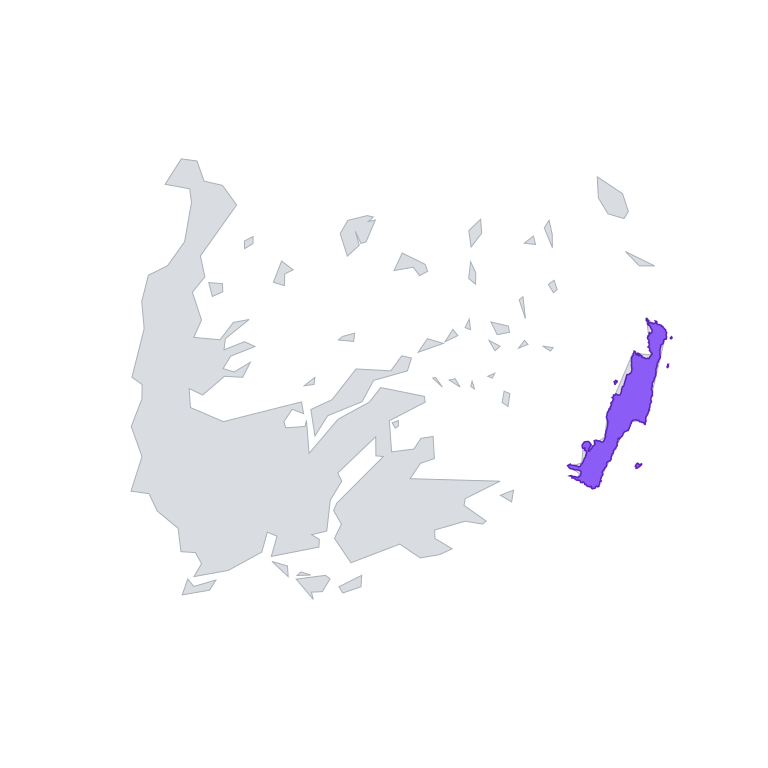 Kritis, Kriti, Greece shown in context, rotated 288°
{"feature_id": "26713481B79456911033966", "entity_name": "Kritis", "entity_type": "district", "adm_level": 2, "iso_a3": "GRC", "parent_name": "Greece", "parent_adm1": "Kriti", "projection": "orthographic", "projection_center": [24.889, 35.249], "detail": "fine", "context": "in_parent", "style": "filled", "palette": "violet", "viewbox_px": 768, "rotation_deg": 288, "n_neighbors": 0, "source": "geoboundaries", "source_scale": "gbopen_adm2", "svg_char_len": 9850}
<svg xmlns="http://www.w3.org/2000/svg" viewBox="0 0 768 768"><g transform="rotate(288 384 384)"><path d="M506.3,114.1L535.5,121.7L538.3,137.2L521.3,150.2L523.0,169.0L508.7,188.5L449.1,169.8L430.6,180.5L412.0,173.4L388.4,190.7L369.5,188.7L375.4,214.4L396.0,221.7L403.7,235.8L378.1,219.1L367.0,221.3L381.1,238.2L379.8,249.8L363.1,229.5L348.9,226.2L349.1,237.7L363.4,250.2L346.7,247.5L342.0,229.8L317.5,215.0L319.4,200.1L301.8,207.2L298.6,242.9L341.5,311.1L330.9,316.7L331.6,304.5L317.1,300.4L312.0,304.0L314.7,311.0L319.3,322.0L325.5,321.5L294.9,334.2L336.3,351.2L362.3,375.7L379.6,382.0L384.7,426.2L379.5,428.8L350.7,400.4L321.8,412.2L331.4,432.6L343.7,435.9L349.3,446.9L328.7,454.9L319.9,443.2L302.0,438.1L327.4,524.3L300.1,496.7L293.3,497.6L285.2,523.5L281.3,521.1L278.5,503.4L260.8,477.3L252.9,480.1L248.3,499.7L238.9,489.6L229.8,472.2L236.6,448.5L203.8,407.8L221.9,384.6L237.5,386.8L248.1,375.2L256.0,375.9L314.8,405.8L313.2,398.5L331.3,392.4L285.0,367.5L278.6,373.8L256.9,368.8L226.5,375.0L218.3,361.7L216.3,370.5L208.8,372.5L185.2,330.1L206.2,329.3L207.0,318.8L186.4,319.7L158.6,293.5L142.1,262.8L156.8,266.0L165.4,256.7L161.8,242.7L183.1,232.8L193.1,207.6L207.1,194.4L203.9,176.5L240.2,176.3L265.5,156.7L295.0,158.4L308.8,154.1L312.5,142.2L362.6,138.8L387.5,128.1L414.6,126.3L429.6,141.6L457.7,150.4L497.2,144.8L509.6,138.9L506.3,114.1ZM370.2,596.4L390.3,591.9L386.6,599.6L402.2,610.4L425.6,605.4L490.1,611.1L494.2,628.8L527.8,613.3L518.2,636.7L430.6,643.8L424.8,631.7L409.1,626.1L353.4,618.0L352.2,596.2L358.8,597.9L363.0,586.9L370.2,596.4ZM337.1,322.3L353.1,339.5L389.7,352.8L398.6,386.4L416.3,392.2L417.2,402.1L403.7,402.2L384.2,373.0L360.4,368.6L336.4,340.2L313.2,334.4L337.1,322.3ZM528.5,299.1L539.0,316.1L539.5,322.2L533.6,318.9L537.3,325.1L513.7,323.0L510.5,318.7L520.4,309.5L508.3,317.6L494.3,309.6L513.6,295.8L528.5,299.1ZM623.6,563.1L615.5,561.1L615.1,544.4L627.2,530.4L646.9,522.8L638.8,552.0L623.6,563.1ZM510.5,386.2L504.7,390.7L498.0,384.4L504.1,375.7L495.0,358.5L514.2,360.9L510.5,386.2ZM171.3,360.8L183.9,387.4L182.0,392.9L167.5,389.5L163.6,379.3L157.3,383.3L171.3,360.8ZM145.6,284.7L134.0,281.8L121.1,257.3L137.9,257.6L132.7,265.6L145.6,284.7ZM469.3,248.6L464.5,262.3L458.0,255.6L446.8,258.9L446.5,247.4L469.3,248.6ZM556.1,417.3L570.6,425.0L557.6,430.3L541.2,424.5L556.1,417.3ZM429.5,199.4L421.9,202.2L414.2,193.7L426.3,186.0L429.5,199.4ZM177.2,403.8L195.1,421.9L184.1,424.8L172.5,409.4L177.2,403.8ZM477.5,484.4L471.9,487.4L465.9,476.4L476.0,466.5L477.5,484.4ZM440.5,411.2L440.9,427.8L424.7,406.7L440.5,411.2ZM584.6,572.7L579.9,605.0L575.3,590.3L584.6,572.7ZM181.1,348.4L171.2,352.4L180.6,332.3L181.1,348.4ZM323.1,540.0L311.3,541.8L314.1,529.1L323.1,540.0ZM565.7,502.0L582.0,488.2L590.7,490.4L578.2,497.8L565.7,502.0ZM507.2,440.2L510.6,431.9L527.0,428.6L518.0,437.0L507.2,440.2ZM457.9,470.3L455.8,482.7L449.9,479.3L457.9,470.3ZM457.2,432.6L452.9,439.3L443.0,429.0L457.2,432.6ZM423.3,340.4L415.1,342.0L411.8,327.0L416.5,330.0L423.3,340.4ZM483.8,213.9L477.1,216.0L469.6,209.6L476.8,207.0L483.8,213.9ZM414.2,500.5L413.8,506.7L401.0,508.9L403.0,502.0L414.2,500.5ZM510.0,489.2L489.9,498.3L505.9,486.5L510.0,489.2ZM406.1,431.1L399.1,440.5L404.7,428.5L406.1,431.1ZM472.0,445.0L462.4,449.6L462.7,443.7L472.0,445.0ZM535.2,513.7L527.2,519.6L523.2,516.9L529.4,509.6L535.2,513.7ZM570.9,480.4L563.5,485.0L561.3,473.9L570.9,480.4ZM411.0,450.0L404.6,457.3L407.9,444.7L411.0,450.0ZM179.6,363.0L179.7,373.4L175.0,360.5L179.6,363.0ZM468.9,504.1L466.2,508.7L459.6,500.9L468.9,504.1ZM368.9,316.2L362.0,317.6L357.7,308.7L368.9,316.2ZM353.7,409.0L348.4,410.7L345.5,408.4L349.6,403.8L353.7,409.0ZM413.9,466.9L407.3,471.6L408.4,467.3L413.9,466.9ZM469.1,523.1L470.8,533.6L466.7,532.1L469.1,523.1ZM428.5,486.0L423.0,485.2L423.4,480.3L428.5,486.0Z" fill="#d9dde1" stroke="#a8b0b8" stroke-width="1"/><path d="M367.8,596.4L366.2,595.9L365.5,595.4L365.5,591.4L365.2,589.1L364.6,587.5L364.7,586.9L365.4,585.9L363.1,583.8L361.4,586.3L361.0,588.0L361.7,589.8L361.1,590.6L361.3,591.6L361.4,592.4L361.9,593.1L362.1,594.7L362.4,595.4L361.9,598.0L361.6,598.4L359.5,599.0L357.6,599.1L356.9,598.8L356.1,597.9L354.9,597.4L355.0,594.1L354.6,593.3L354.4,591.9L354.7,591.2L354.7,590.4L354.3,589.2L354.0,588.9L354.2,590.3L353.8,591.2L353.5,592.7L353.3,591.9L352.8,591.8L353.1,593.0L353.1,594.1L352.6,595.2L352.1,596.8L352.3,598.3L352.8,599.1L352.7,600.1L351.2,601.4L351.1,601.7L351.5,603.1L351.9,603.0L352.2,603.2L352.0,604.8L351.6,605.5L350.6,605.8L350.5,606.4L350.8,607.2L349.8,608.2L349.8,608.9L349.5,609.7L350.0,610.7L349.7,611.7L350.0,612.2L350.6,612.3L350.6,612.8L350.4,613.1L349.1,613.5L348.7,614.5L349.8,616.4L350.3,617.0L351.5,617.0L352.5,617.7L352.6,618.3L352.2,618.6L352.2,619.2L353.2,620.0L353.4,619.6L353.7,619.6L355.6,620.0L357.8,619.5L358.6,619.8L358.9,620.2L358.7,620.6L359.0,620.6L359.2,620.1L359.8,619.6L360.5,619.4L361.4,619.6L362.2,619.4L363.6,619.5L364.5,620.1L365.6,620.1L367.0,619.0L367.6,618.8L369.2,619.1L371.0,619.8L372.2,619.8L374.5,621.0L376.0,620.7L376.4,620.4L378.1,620.3L378.8,620.5L379.5,621.1L380.7,622.8L382.6,623.3L385.0,622.5L385.9,622.8L388.0,622.6L388.3,623.2L389.2,623.4L391.9,622.8L394.2,624.3L395.5,624.2L397.6,624.9L398.9,624.0L399.9,623.8L401.9,624.2L402.9,623.6L404.3,623.4L404.8,623.7L405.0,624.3L404.5,624.8L405.9,625.3L408.3,626.7L409.1,626.9L410.3,626.7L412.7,627.4L415.0,630.0L415.2,630.6L416.0,630.4L417.1,631.0L418.3,630.8L420.6,631.1L422.4,631.0L423.3,631.3L423.9,631.0L424.8,631.4L425.7,631.4L426.6,632.1L427.6,634.2L428.1,637.8L427.2,638.4L427.1,639.2L427.5,640.0L427.4,640.8L427.1,641.4L427.6,642.2L427.2,643.2L426.3,644.0L426.3,644.8L427.1,644.5L427.7,644.7L428.9,644.3L429.3,644.6L430.2,644.6L431.3,643.7L433.2,643.3L436.6,644.1L437.3,644.0L438.5,644.3L440.1,644.0L440.5,644.1L440.7,644.5L441.2,644.6L441.2,644.1L441.5,643.9L444.5,644.0L446.4,643.2L449.7,643.9L450.3,643.6L451.2,642.8L452.3,642.3L454.2,642.2L455.4,642.5L455.5,642.8L456.0,642.9L456.8,642.4L459.4,641.8L460.7,641.2L461.0,641.0L461.4,640.0L461.9,639.8L464.6,640.0L467.3,638.8L468.8,639.0L470.2,639.7L472.5,639.3L475.9,639.9L477.1,639.2L478.6,639.4L479.3,638.8L480.2,638.8L481.7,638.0L486.0,638.2L486.7,637.6L487.6,637.4L490.6,638.1L491.1,637.7L491.5,637.7L493.2,638.4L494.5,638.6L495.6,638.3L497.6,637.2L501.1,636.1L503.3,635.6L505.1,635.8L506.1,635.2L506.7,635.3L507.7,636.3L509.3,637.0L511.7,636.5L513.2,636.8L513.9,637.7L513.6,638.1L513.8,638.5L515.3,638.4L516.6,638.0L516.9,637.5L517.9,637.1L520.1,637.0L521.5,635.4L522.4,635.2L524.1,632.1L525.0,631.2L524.6,630.2L525.4,629.5L525.6,629.0L525.5,628.4L525.6,627.5L525.3,626.3L525.5,624.9L526.0,624.5L526.9,624.6L527.8,623.8L527.7,622.5L526.8,623.4L525.4,622.8L524.7,621.9L524.6,621.3L525.0,621.0L525.0,620.7L524.3,617.6L524.7,616.8L525.9,616.2L526.2,615.4L527.5,614.0L527.4,613.3L527.2,613.2L525.4,613.8L525.4,614.1L526.4,614.1L526.6,614.4L524.9,614.9L525.1,615.2L525.8,615.3L525.9,615.5L525.7,615.7L523.9,616.1L523.7,616.8L523.2,616.6L522.9,616.0L522.3,616.3L522.1,616.6L522.3,616.9L521.6,617.6L521.9,618.2L521.8,618.5L521.2,619.2L520.7,619.4L520.1,620.2L519.4,620.7L518.3,622.3L516.4,622.8L514.7,622.3L514.3,621.9L514.9,620.6L514.4,620.3L513.4,620.9L511.9,621.0L511.2,620.2L511.6,619.8L511.0,620.0L510.6,620.6L509.3,620.2L508.0,621.4L507.6,622.4L507.2,622.7L505.8,623.0L505.5,622.6L505.1,622.6L504.4,623.9L504.0,624.1L502.0,624.2L500.8,623.6L500.5,624.3L500.5,624.9L499.7,625.9L499.0,626.1L498.3,625.9L497.9,626.1L496.3,629.0L495.6,629.8L495.0,629.7L494.9,629.5L494.0,629.5L493.7,629.1L491.9,628.4L490.1,628.3L490.0,628.1L490.1,627.0L489.1,625.5L488.9,624.7L489.4,623.8L489.3,623.1L489.5,622.6L489.3,622.1L489.1,621.9L489.1,621.2L490.2,620.8L490.7,620.3L490.2,619.4L490.2,618.2L489.7,617.9L489.6,617.5L490.0,616.1L489.9,614.7L492.1,613.4L492.5,612.6L492.6,611.7L491.6,611.9L488.9,611.9L488.1,612.1L485.6,611.2L484.7,611.7L481.3,612.5L480.0,613.4L478.2,613.4L477.2,614.2L476.2,614.4L474.6,615.3L471.5,615.6L470.6,615.4L470.1,614.6L469.0,614.1L468.3,613.2L468.0,612.1L456.2,612.6L455.7,612.5L455.2,611.6L452.1,611.8L452.8,611.2L452.0,611.8L450.5,612.1L448.3,612.1L446.8,611.9L446.4,611.7L446.0,610.7L445.8,609.0L446.3,608.1L446.0,607.3L444.6,607.0L444.5,605.7L442.9,606.2L441.6,605.1L440.9,607.0L440.5,607.1L439.7,606.7L438.0,606.8L436.1,605.6L435.6,605.8L435.3,606.6L432.9,606.9L432.4,606.4L429.9,606.8L429.6,606.6L429.7,605.8L428.6,606.0L427.7,605.7L426.8,605.7L426.4,605.3L424.1,605.4L423.5,605.8L421.2,605.7L418.3,608.0L416.8,608.7L413.7,609.4L410.7,609.8L410.0,609.7L408.7,610.1L407.8,609.6L406.5,609.8L405.7,610.3L405.2,610.1L403.5,610.2L402.6,611.0L398.4,610.8L396.5,610.3L396.3,610.0L396.0,608.8L396.4,607.0L396.4,606.1L395.8,604.8L396.1,603.9L396.1,602.9L395.0,601.5L394.4,601.7L393.7,602.5L392.8,602.3L392.4,603.1L391.6,603.3L390.5,602.8L389.2,601.5L387.4,601.6L386.6,601.0L384.9,600.3L383.9,600.1L383.5,599.8L383.6,599.3L384.3,598.9L386.2,598.8L389.5,599.8L390.3,599.7L390.2,599.3L391.4,598.6L391.5,598.0L392.5,596.4L391.8,594.2L390.9,592.6L390.5,592.4L387.4,591.3L386.2,591.7L385.7,592.1L384.9,592.2L384.3,592.9L384.5,593.7L385.1,594.5L385.2,595.1L383.0,595.2L382.7,597.1L382.5,597.6L381.5,598.0L381.3,598.0L381.2,597.7L379.2,598.3L378.9,597.8L376.7,598.2L375.3,597.6L371.6,597.4L369.5,597.0L368.8,596.3L367.8,596.4ZM387.0,649.5L385.8,648.8L383.4,648.4L383.1,649.5L381.7,649.8L382.4,651.0L385.2,653.0L387.0,653.9L387.6,653.6L386.6,652.3L386.3,651.7L386.7,650.4L387.0,650.1L387.0,649.5ZM457.2,602.1L456.5,602.9L455.2,603.5L455.2,604.0L456.9,604.4L457.9,605.0L458.7,605.0L459.1,603.3L458.7,603.2L457.2,602.1ZM491.2,618.4L491.5,618.1L491.5,616.9L491.9,616.0L490.9,615.3L490.7,615.4L490.5,616.4L490.8,617.3L490.5,618.3L491.2,618.4ZM490.6,648.4L490.4,647.8L488.8,648.2L487.8,647.8L487.2,648.5L487.4,648.8L489.0,649.0L490.2,648.4L490.6,648.4ZM516.5,643.7L517.4,643.4L517.8,642.8L516.2,642.1L515.7,642.4L515.8,643.2L516.5,643.7Z" fill="#8b5cf6" stroke="#5b21b6" stroke-width="1.5"/></g></svg>